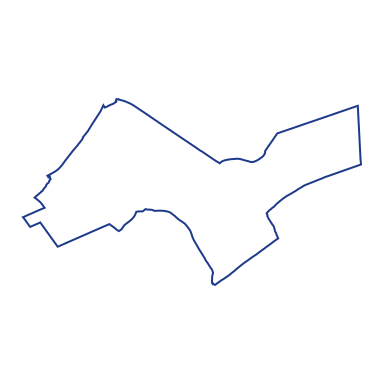 the district of Diemen, Noord-Holland, Netherlands
{"feature_id": "6326949B31079897562518", "entity_name": "Diemen", "entity_type": "district", "adm_level": 2, "iso_a3": "NLD", "parent_name": "Netherlands", "parent_adm1": "Noord-Holland", "projection": "robinson", "projection_center": [4.985, 52.335], "detail": "fine", "context": "isolated", "style": "outline", "palette": "blue", "viewbox_px": 384, "rotation_deg": 0, "n_neighbors": 0, "source": "geoboundaries", "source_scale": "gbopen_adm2", "svg_char_len": 5595}
<svg xmlns="http://www.w3.org/2000/svg" viewBox="0 0 384 384"><path d="M278.2,238.4L278.0,238.0L276.5,234.6L276.5,234.4L276.4,234.2L276.3,233.7L276.2,233.2L276.0,232.8L275.9,232.7L275.6,232.4L275.3,231.8L275.1,231.3L274.8,230.2L274.1,227.4L273.7,226.4L273.3,225.6L272.6,224.9L272.0,224.0L271.3,222.8L270.9,222.3L270.3,221.4L270.1,220.9L268.9,219.2L268.6,218.7L268.5,218.3L268.2,217.9L268.1,217.6L267.7,216.9L267.4,216.3L267.3,216.0L267.3,215.8L267.4,215.6L267.5,215.3L267.3,214.7L267.3,214.4L267.1,214.1L266.7,213.6L266.6,213.3L267.5,212.1L268.0,211.7L268.3,211.5L268.5,211.3L269.0,210.6L270.2,209.7L273.0,207.3L273.3,207.2L273.6,207.1L276.9,203.6L277.9,202.8L278.1,202.6L278.3,202.5L279.4,201.5L282.8,198.8L284.5,197.5L286.3,196.3L288.4,195.1L289.9,194.3L293.6,192.1L295.5,191.0L298.3,189.1L300.5,187.8L302.2,186.8L303.9,185.7L304.3,185.5L304.6,185.4L305.4,185.0L321.5,178.6L324.8,177.2L361.0,164.5L360.5,158.9L357.8,105.8L277.3,133.4L265.1,151.1L265.1,152.6L264.9,153.2L264.6,153.7L264.7,153.8L264.5,154.2L264.3,154.5L264.1,154.9L263.8,155.3L263.5,155.6L263.1,156.0L262.8,156.4L262.2,156.9L261.7,157.3L261.3,157.6L260.5,158.2L259.2,159.1L258.7,159.4L257.9,159.9L257.1,160.4L256.2,160.8L255.5,161.1L255.2,161.3L254.8,161.5L254.1,161.7L253.6,161.8L252.7,161.9L252.3,162.0L251.8,162.0L251.3,162.0L250.9,162.0L250.5,161.9L250.1,161.8L249.8,161.7L248.9,161.4L248.2,161.2L247.4,161.0L246.3,160.7L245.3,160.5L243.4,159.9L242.0,159.5L241.1,159.3L240.6,159.1L239.7,159.0L238.7,158.8L238.3,158.8L237.7,158.8L237.4,158.7L237.0,158.7L236.4,158.8L235.8,158.8L235.2,158.9L231.1,159.2L230.1,159.3L229.5,159.4L228.1,159.6L227.2,159.8L226.2,160.0L225.0,160.3L224.6,160.4L223.9,160.6L223.2,160.9L222.5,161.2L222.1,161.4L221.8,161.6L221.3,161.9L220.8,162.3L220.6,162.5L219.8,163.3L218.9,162.7L216.1,161.1L215.3,160.6L205.9,154.2L202.4,151.8L201.7,151.3L201.3,151.1L201.0,150.9L200.6,150.8L200.3,150.6L193.0,145.6L162.1,124.8L142.5,111.4L138.8,109.0L137.1,107.8L134.6,106.1L133.5,105.4L132.3,104.7L131.4,104.2L129.9,103.4L129.0,103.0L127.6,102.4L126.5,101.9L125.5,101.5L123.1,100.7L121.7,100.3L119.3,99.7L118.7,99.3L118.6,99.6L116.5,99.1L115.7,101.1L116.2,101.4L116.3,101.7L115.8,102.1L115.2,102.5L114.9,102.7L114.2,103.1L113.5,103.6L112.0,104.3L111.2,104.5L110.7,104.8L110.0,105.1L108.9,105.6L107.0,106.6L106.1,107.0L105.8,107.1L105.3,107.3L105.0,107.4L104.9,107.5L104.2,106.7L103.4,105.3L100.4,111.5L92.0,124.4L87.9,131.1L82.9,137.3L82.7,138.3L82.1,139.5L76.5,146.6L72.8,150.9L71.2,153.0L65.8,159.9L61.8,165.4L59.0,168.5L56.7,170.4L55.0,171.6L50.4,174.2L47.4,175.7L47.9,176.6L48.1,176.6L48.9,176.3L49.6,176.1L50.0,177.4L49.9,177.5L50.0,177.5L50.2,177.9L50.5,178.7L50.6,179.1L50.4,179.3L50.2,179.6L49.6,180.4L49.4,180.7L49.2,181.0L49.2,181.4L49.1,181.6L49.1,181.8L48.8,182.1L48.7,182.2L48.5,182.7L48.4,182.8L48.2,183.0L47.4,183.6L47.1,183.9L46.9,184.1L46.7,184.4L46.5,184.6L46.4,184.7L46.3,184.8L46.2,185.6L46.1,185.9L45.9,186.2L45.7,186.5L45.5,186.8L45.2,187.2L44.8,187.5L44.7,187.6L44.3,188.1L43.9,188.6L43.8,188.9L43.2,189.6L42.7,190.5L42.6,190.8L42.4,191.0L41.5,191.4L41.4,191.5L41.3,191.8L34.6,197.6L36.7,199.1L37.0,199.4L38.5,200.6L40.0,201.9L41.3,203.3L42.5,204.9L44.6,207.8L40.1,209.7L37.7,210.7L32.6,213.0L30.0,214.1L27.1,215.4L24.2,216.7L23.5,217.0L23.0,217.2L23.7,218.0L30.1,226.9L40.3,222.5L47.8,233.0L51.0,237.4L57.7,246.7L60.3,245.6L61.4,245.1L65.8,243.2L65.7,243.1L65.9,243.0L66.4,242.9L71.4,240.7L74.6,239.3L86.7,234.0L91.9,231.7L97.2,229.4L109.4,224.1L114.0,227.5L115.2,228.4L115.7,228.9L116.5,229.6L118.8,231.1L119.3,230.8L120.5,230.0L120.8,229.8L121.3,229.5L121.5,229.2L122.0,228.7L122.4,228.1L122.6,227.7L124.2,225.4L125.4,224.3L129.8,221.0L131.9,219.1L133.6,217.2L134.7,215.6L135.3,214.3L136.3,211.8L137.5,211.6L138.6,211.4L139.9,211.4L142.7,211.4L145.5,209.1L146.9,209.5L151.9,209.8L154.4,210.8L155.0,210.9L155.6,210.9L156.6,210.8L158.4,210.7L159.8,210.7L161.4,210.7L163.4,210.9L164.3,210.9L165.4,211.1L166.4,211.3L168.2,211.7L169.3,212.1L169.8,212.3L170.4,212.6L171.1,213.1L171.7,213.6L173.6,215.1L174.8,216.0L176.4,217.5L177.1,218.1L178.0,219.0L179.0,219.7L180.2,220.5L180.4,220.6L182.6,222.1L184.1,223.1L184.6,223.6L185.6,224.5L186.0,225.1L187.2,226.5L188.6,228.5L189.4,229.5L190.0,230.4L190.5,231.3L190.7,231.9L191.1,232.8L191.4,233.8L191.9,235.2L192.6,237.4L193.0,238.3L193.5,239.5L194.5,241.3L194.7,241.7L194.9,242.0L196.4,244.5L199.4,249.8L202.0,253.8L202.1,254.0L202.3,254.4L202.5,254.7L203.2,255.8L204.2,257.4L204.5,257.8L204.8,258.5L205.6,260.1L206.0,260.8L206.4,261.4L206.8,261.9L207.2,262.5L207.7,263.1L208.0,263.5L208.3,264.1L208.5,264.5L209.0,265.2L210.9,268.2L211.8,269.3L212.1,269.9L212.3,270.5L212.6,271.3L212.8,272.0L213.0,272.6L213.0,273.0L213.0,273.4L212.9,273.7L212.6,274.6L212.5,275.0L212.3,275.8L212.2,276.4L212.2,277.0L212.2,277.7L212.1,278.5L212.1,279.2L212.0,280.1L212.0,281.1L212.1,281.3L212.1,281.5L212.1,282.0L212.0,282.7L212.0,282.8L212.2,283.1L212.4,283.5L212.7,284.0L213.3,283.7L213.4,283.9L213.7,284.2L214.7,284.9L215.5,284.7L216.4,283.9L217.2,283.3L217.5,283.2L217.7,282.9L218.3,282.5L219.4,281.7L220.3,281.1L220.9,280.6L221.8,280.0L222.7,279.5L223.5,279.1L224.0,278.7L225.5,277.6L226.9,276.7L227.4,276.4L229.8,274.6L231.7,273.0L232.7,272.2L234.1,271.2L237.3,268.4L239.5,266.6L240.2,266.0L242.1,264.5L242.9,263.9L244.8,262.4L245.7,261.8L246.7,261.2L249.0,259.5L249.9,258.9L250.7,258.3L251.5,257.7L252.6,256.9L254.6,255.6L255.0,255.3L256.0,254.7L258.0,253.2L259.0,252.4L259.9,251.8L261.3,250.7L264.7,248.3L265.4,247.7L266.9,246.6L269.7,244.6L271.3,243.4L273.3,241.8L274.5,241.0L277.0,239.2L278.2,238.4Z" fill="none" stroke="#1e3a8a" stroke-width="2"/></svg>